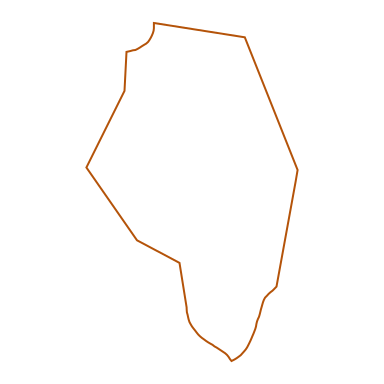 outline of Castro Barros, La Rioja, Argentina
{"feature_id": "61730980B97852769949948", "entity_name": "Castro Barros", "entity_type": "district", "adm_level": 2, "iso_a3": "ARG", "parent_name": "Argentina", "parent_adm1": "La Rioja", "projection": "mercator", "projection_center": [-66.905, -28.889], "detail": "fine", "context": "isolated", "style": "outline", "palette": "amber", "viewbox_px": 384, "rotation_deg": 0, "n_neighbors": 0, "source": "geoboundaries", "source_scale": "gbopen_adm2", "svg_char_len": 1220}
<svg xmlns="http://www.w3.org/2000/svg" viewBox="0 0 384 384"><path d="M153.9,23.0L153.9,25.7L153.9,28.2L153.6,30.7L152.9,33.1L151.9,35.5L150.8,37.7L149.5,39.9L148.1,41.9L146.2,43.6L144.0,44.9L141.9,46.2L139.8,47.6L137.6,48.9L135.4,50.0L132.9,50.3L130.5,51.0L126.5,51.9L124.5,90.9L122.9,94.1L103.9,132.3L86.4,167.5L137.0,240.3L179.5,262.9L186.6,307.3L186.7,309.8L186.9,312.3L187.6,314.8L188.1,317.2L188.7,319.7L189.5,322.1L190.7,324.3L192.0,326.5L193.5,328.5L195.1,330.5L196.6,332.5L198.2,334.5L200.0,336.3L201.9,337.9L204.0,339.4L206.0,340.9L208.1,342.3L210.3,343.6L212.5,344.8L214.5,346.4L216.7,347.6L218.8,349.0L220.9,350.4L223.0,351.8L225.1,353.2L227.0,354.9L228.6,356.9L229.9,359.0L231.5,361.0L234.5,359.5L236.6,358.2L238.7,356.7L240.7,355.2L242.4,353.3L244.1,351.4L245.7,349.5L247.1,347.4L248.3,345.1L249.4,342.9L250.5,340.6L251.5,338.3L252.5,335.9L253.5,333.6L254.4,331.3L255.3,328.9L256.0,326.5L256.4,324.0L257.0,321.5L257.9,319.1L259.0,316.8L259.7,314.4L260.3,312.0L260.9,309.5L261.6,307.1L262.3,304.6L263.0,302.2L263.9,299.8L265.1,297.6L266.9,295.8L268.6,293.9L270.5,292.2L272.5,290.7L274.3,288.9L276.5,286.6L295.7,181.2L297.6,170.0L244.8,37.3L153.9,23.0Z" fill="none" stroke="#b45309" stroke-width="2"/></svg>